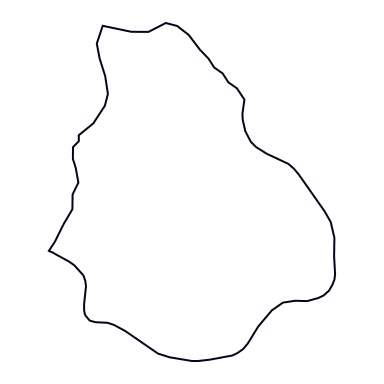 Sangwon, P'yŏngyang, North Korea (Natural Earth projection)
{"feature_id": "82179303B39263220364420", "entity_name": "Sangwon", "entity_type": "district", "adm_level": 2, "iso_a3": "PRK", "parent_name": "North Korea", "parent_adm1": "P'yŏngyang", "projection": "natural_earth1", "projection_center": [126.045, 38.858], "detail": "fine", "context": "isolated", "style": "outline", "palette": "ink", "viewbox_px": 384, "rotation_deg": 0, "n_neighbors": 0, "source": "geoboundaries", "source_scale": "gbopen_adm2", "svg_char_len": 1076}
<svg xmlns="http://www.w3.org/2000/svg" viewBox="0 0 384 384"><path d="M56.8,254.9L69.2,261.7L74.3,265.3L83.4,275.4L85.3,280.9L86.0,286.4L84.1,304.1L84.1,310.2L85.1,315.1L89.7,320.6L95.3,322.2L107.6,322.8L113.9,324.9L125.2,331.0L158.0,353.6L169.7,357.3L191.8,361.0L198.1,361.0L209.6,359.7L232.4,355.5L237.5,353.0L243.2,349.0L247.8,343.5L258.3,326.4L272.0,310.2L283.0,302.6L294.8,300.8L296.1,300.8L307.2,301.1L318.3,298.0L323.4,295.6L329.0,290.7L332.2,285.2L334.4,279.7L335.1,274.2L334.1,256.5L334.4,237.8L330.7,222.0L324.6,211.3L298.6,174.3L294.0,168.8L288.4,163.9L266.8,153.8L256.1,147.1L250.9,141.9L245.3,131.2L242.8,120.2L242.4,114.1L244.4,99.6L241.7,95.5L236.9,88.3L228.4,82.4L222.7,73.5L214.2,67.5L208.5,58.6L200.0,49.8L188.7,34.9L178.6,27.1L177.3,26.0L165.8,23.0L148.5,31.9L131.4,31.8L117.0,28.8L102.7,25.8L96.8,43.6L99.6,58.4L105.2,76.1L107.9,93.9L104.9,105.7L93.3,123.4L78.8,135.2L78.8,141.2L73.0,147.1L72.9,158.9L75.7,167.8L78.4,182.6L72.6,194.4L72.4,209.2L63.7,224.0L54.9,241.7L48.9,250.9L52.6,252.5L56.8,254.9Z" fill="none" stroke="#020617" stroke-width="2"/></svg>